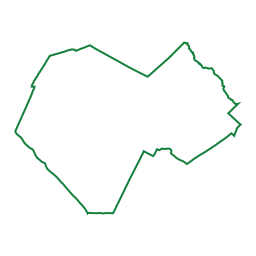 Slobozia Moara, Dâmbovita, Romania (Albers equal-area conic projection)
{"feature_id": "2599482B79511896653276", "entity_name": "Slobozia Moara", "entity_type": "district", "adm_level": 2, "iso_a3": "ROU", "parent_name": "Romania", "parent_adm1": "Dâmbovita", "projection": "albers", "projection_center": [25.731, 44.595], "detail": "fine", "context": "isolated", "style": "outline", "palette": "green", "viewbox_px": 256, "rotation_deg": 0, "n_neighbors": 0, "source": "geoboundaries", "source_scale": "gbopen_adm2", "svg_char_len": 4896}
<svg xmlns="http://www.w3.org/2000/svg" viewBox="0 0 256 256"><path d="M87.6,213.3L87.7,213.1L88.4,212.9L89.6,212.9L92.1,213.1L96.0,213.2L100.7,213.0L102.2,213.4L103.3,213.4L104.7,213.2L106.5,213.1L107.3,213.0L109.0,213.1L112.6,213.2L113.2,213.2L113.4,212.8L113.5,212.5L115.8,207.9L115.9,207.6L116.5,206.2L116.9,205.5L118.9,201.4L120.6,198.0L120.8,197.5L120.9,197.4L121.1,196.9L121.7,195.6L122.9,193.2L124.4,190.2L124.6,189.7L125.3,188.2L126.7,185.3L126.8,185.0L127.0,184.8L128.1,182.4L128.7,181.3L129.1,180.3L130.4,177.7L131.1,176.4L131.9,174.8L132.7,173.3L133.2,172.4L133.3,172.1L133.5,171.8L133.5,171.7L134.5,169.8L135.2,168.3L136.3,166.3L137.4,164.1L138.0,162.9L138.1,162.7L139.0,161.0L139.7,159.5L140.2,158.5L140.5,157.9L140.6,157.7L141.5,155.9L142.1,154.7L142.5,154.0L142.7,153.8L142.8,153.5L142.9,153.2L143.7,151.2L153.1,156.1L153.5,155.7L153.9,155.4L156.4,150.4L156.5,150.1L156.6,149.8L156.7,149.6L156.8,149.4L157.0,149.2L157.4,149.3L157.7,149.5L158.3,149.9L159.1,150.1L159.5,150.1L160.0,149.8L160.7,149.3L161.1,149.0L161.6,148.8L162.0,148.6L162.4,148.6L162.9,148.8L163.3,148.9L163.9,149.0L167.0,148.7L168.0,148.6L168.6,148.6L169.2,148.7L169.6,148.9L170.2,149.2L170.8,149.6L171.0,149.8L171.3,150.4L171.3,151.3L171.2,152.1L171.1,152.7L171.0,153.3L171.1,153.6L171.9,154.2L173.2,155.1L174.5,156.2L174.9,156.6L175.8,157.5L176.2,157.8L176.7,158.1L178.3,159.1L179.3,159.6L180.1,160.1L180.8,160.4L181.8,160.7L182.8,161.1L183.6,161.6L184.3,162.1L184.9,162.5L186.5,163.7L186.9,164.0L187.9,163.3L188.7,162.8L191.8,160.5L194.0,158.9L194.8,158.3L196.5,157.2L198.8,155.7L201.2,154.3L205.2,151.9L208.6,149.7L211.3,147.9L211.8,147.6L213.0,146.7L215.4,145.2L220.2,141.7L223.5,139.5L225.8,137.8L227.8,136.3L228.5,135.7L229.4,134.9L230.5,133.9L231.4,133.3L234.1,135.7L234.2,135.8L234.9,133.9L237.0,128.4L237.2,128.0L239.6,125.5L240.6,124.6L239.9,124.1L239.7,123.9L228.3,113.3L238.0,103.8L236.9,104.1L236.0,104.1L235.5,104.1L235.2,103.6L234.3,102.9L233.8,102.5L233.5,102.3L233.4,101.8L233.2,101.0L232.6,100.3L232.1,99.9L231.5,99.9L231.1,99.9L230.9,99.5L230.7,99.2L230.3,98.9L229.2,98.3L228.5,97.9L228.2,97.4L228.0,96.9L227.9,95.9L227.5,95.5L227.0,94.8L226.0,93.2L224.6,91.3L224.0,90.5L223.4,88.9L223.3,88.5L223.4,88.2L224.2,87.0L224.4,86.6L224.2,86.3L223.9,86.1L223.4,86.1L223.1,86.1L222.8,85.9L222.6,85.5L222.4,85.4L222.4,85.0L222.4,84.5L222.6,83.8L222.7,83.6L222.7,83.2L222.2,82.4L222.1,82.0L222.1,81.6L222.3,81.1L222.3,80.7L222.1,80.5L221.7,80.1L220.7,79.2L219.5,77.8L217.6,75.8L217.0,75.5L215.8,74.8L214.6,74.1L214.1,73.4L213.7,72.4L213.7,71.6L213.7,70.7L212.8,69.8L212.4,69.0L212.0,68.4L211.5,68.2L210.6,68.4L209.4,68.6L208.9,68.6L207.4,68.2L205.1,67.5L204.0,68.0L203.8,68.1L203.2,67.8L202.6,67.4L202.3,67.0L201.9,66.2L201.7,65.4L201.4,65.2L200.9,65.0L200.6,64.9L200.4,64.7L200.4,64.3L200.3,64.0L200.2,63.8L199.8,63.8L199.2,63.8L198.8,63.6L198.6,63.3L198.8,62.9L198.6,62.7L197.4,61.7L196.3,60.9L194.7,60.2L194.5,59.9L194.5,59.3L194.3,58.8L194.0,58.4L193.9,58.0L194.4,57.4L194.5,57.1L194.2,56.4L194.1,55.7L193.8,55.0L193.4,54.5L193.0,54.3L192.8,54.0L192.8,53.7L193.1,53.3L193.1,52.8L192.9,52.4L192.7,52.1L192.3,52.1L191.7,52.1L191.4,51.8L191.2,51.3L190.8,50.5L190.5,50.2L190.2,49.5L190.1,49.3L189.6,49.1L189.2,48.9L189.0,48.6L188.9,48.2L189.0,47.8L189.2,47.1L189.0,46.3L188.7,45.8L188.4,45.4L188.1,45.1L187.6,44.9L187.4,44.7L187.3,44.3L187.6,43.6L187.6,43.3L187.5,43.1L187.3,43.1L186.7,43.2L186.2,43.3L185.6,43.1L184.6,42.7L184.2,42.6L169.0,57.8L147.7,76.7L138.6,72.2L131.1,68.4L108.0,55.6L96.1,49.1L94.9,48.4L92.2,46.7L90.5,45.5L89.9,45.4L88.1,46.0L83.1,48.0L81.0,48.7L78.9,49.6L77.4,50.2L76.3,50.6L76.0,50.7L75.7,50.8L75.4,50.7L75.1,50.1L74.9,49.8L73.3,49.5L72.3,49.4L71.8,49.4L71.4,49.5L70.6,49.8L70.0,49.9L68.6,50.2L66.2,51.0L63.9,51.8L62.7,52.1L60.2,52.8L58.5,53.4L57.8,53.5L56.8,53.8L56.5,53.9L56.2,54.0L55.8,54.1L55.4,54.2L55.1,54.3L54.9,54.4L54.5,54.5L54.2,54.6L53.1,54.9L50.8,55.6L49.7,55.9L49.6,56.2L48.6,57.8L48.1,58.6L47.4,59.7L46.5,61.1L45.7,62.6L44.5,64.6L42.7,67.4L41.3,69.6L39.8,71.9L39.7,72.1L39.1,73.0L38.2,74.1L38.1,74.6L37.8,75.4L37.4,76.0L36.5,77.3L35.6,78.6L35.2,79.3L35.0,79.6L34.2,80.6L33.8,81.3L33.7,81.7L33.1,83.1L33.0,83.5L32.4,84.3L32.2,84.7L32.0,85.1L31.8,85.9L31.7,86.7L34.1,86.7L34.5,86.7L34.4,87.0L34.2,87.6L34.1,88.3L33.6,89.4L33.6,89.6L33.4,89.7L32.1,93.0L31.2,95.5L30.2,97.7L29.4,99.5L28.4,101.6L27.5,103.9L25.4,108.6L22.8,114.4L21.7,117.0L19.0,123.0L18.2,124.8L17.3,126.8L16.8,128.0L15.7,130.3L15.4,131.1L15.8,132.9L17.3,134.5L19.0,135.9L21.0,137.5L22.5,139.8L24.6,143.1L27.0,145.5L30.0,148.0L31.8,148.9L33.2,150.2L34.3,152.4L35.3,154.8L36.2,156.3L37.1,157.7L39.8,160.0L41.8,161.9L43.5,162.5L44.9,163.2L45.4,164.1L45.8,165.5L46.8,168.2L48.3,169.9L50.8,172.1L54.5,175.0L56.9,177.3L60.7,181.7L63.6,184.5L64.5,185.8L72.6,195.1L74.0,196.5L75.0,197.3L76.9,199.3L78.2,200.9L80.7,203.8L81.6,204.6L85.3,209.1L87.6,213.3Z" fill="none" stroke="#15803d" stroke-width="2"/></svg>